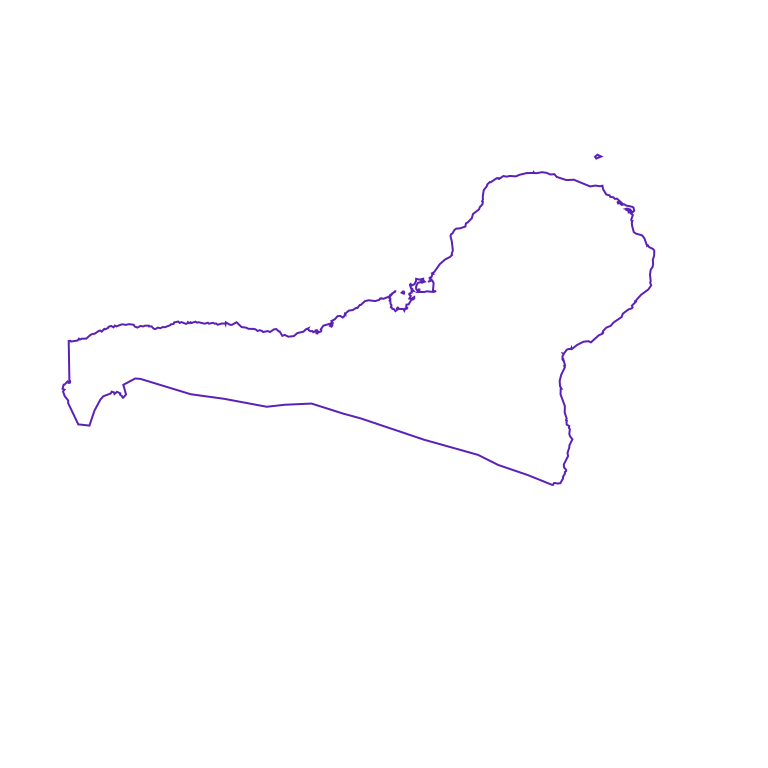 outline of Negros Oriental, Negros Oriental, Philippines, rotated 248°
{"feature_id": "2640588B56610026740587", "entity_name": "Negros Oriental", "entity_type": "district", "adm_level": 2, "iso_a3": "PHL", "parent_name": "Philippines", "parent_adm1": "Negros Oriental", "projection": "albers", "projection_center": [123.112, 9.739], "detail": "fine", "context": "isolated", "style": "outline", "palette": "violet", "viewbox_px": 768, "rotation_deg": 248, "n_neighbors": 0, "source": "geoboundaries", "source_scale": "gbopen_adm2", "svg_char_len": 6152}
<svg xmlns="http://www.w3.org/2000/svg" viewBox="0 0 768 768"><g transform="rotate(248 384 384)"><path d="M226.0,510.3L229.2,514.5L231.1,515.4L233.0,518.1L234.6,518.7L235.2,520.4L236.3,520.7L239.1,519.7L242.0,520.5L248.2,527.7L251.3,528.3L256.1,532.3L257.4,532.7L262.2,538.0L265.7,536.9L268.3,537.1L272.5,539.4L274.2,539.0L275.6,540.0L277.9,538.2L280.5,539.0L282.0,540.3L281.7,539.6L282.4,539.3L283.5,540.4L290.0,540.9L295.7,543.4L308.2,543.8L313.5,546.1L313.2,546.8L316.0,546.4L321.0,548.0L326.1,551.7L331.8,558.0L333.2,557.8L333.4,558.8L339.5,559.5L339.3,558.8L340.0,558.7L342.7,559.8L344.2,561.6L345.1,561.4L344.7,561.9L347.3,566.3L347.3,568.2L346.3,570.6L347.3,571.4L346.1,571.4L347.9,577.9L348.5,584.7L347.1,589.6L345.1,591.4L348.7,601.4L348.8,605.5L349.4,606.3L350.0,605.9L350.6,605.8L350.1,606.1L351.2,607.2L353.0,611.2L353.0,616.0L355.0,619.7L357.1,629.4L359.6,631.6L360.8,635.5L361.6,639.2L361.3,642.1L361.9,643.2L363.8,643.2L365.5,647.4L366.6,647.8L366.1,648.6L367.5,649.7L370.5,656.0L372.6,664.5L375.4,668.7L378.3,668.7L379.4,669.8L385.8,671.6L390.0,674.1L391.9,676.8L394.0,678.3L398.5,679.8L401.9,682.6L406.6,684.6L408.4,684.0L411.6,681.1L414.2,680.4L414.9,680.8L414.0,679.7L421.5,680.0L425.1,679.0L429.2,673.8L431.3,672.5L437.8,673.3L440.7,674.2L442.1,675.4L442.7,674.7L443.8,674.8L447.4,678.0L450.0,676.6L452.0,677.0L452.7,676.5L451.5,675.9L451.5,675.2L453.0,675.6L454.7,673.9L455.3,674.4L455.7,673.9L455.6,675.0L453.7,677.5L452.0,678.2L449.8,678.0L450.8,680.8L454.0,681.4L455.2,680.7L458.6,675.6L460.6,674.0L461.0,671.5L463.6,670.1L463.7,668.7L465.0,668.7L465.2,669.7L464.6,671.1L464.1,671.3L464.0,671.0L463.6,671.2L463.1,672.1L468.5,669.5L469.2,667.4L471.2,666.6L472.7,663.9L474.4,663.8L476.4,661.1L482.3,660.1L486.0,660.8L486.4,658.4L488.8,654.3L490.0,649.1L502.3,636.5L504.7,629.6L511.3,621.7L514.7,620.6L515.9,616.8L519.1,613.5L521.2,609.8L522.3,604.5L523.3,602.3L524.3,602.1L523.7,601.5L526.1,595.4L527.2,588.2L527.1,584.1L529.8,578.5L530.3,575.4L532.1,572.6L531.0,567.5L531.5,567.0L531.9,567.4L532.6,565.8L531.1,558.4L531.6,557.6L530.3,554.5L528.8,553.3L526.4,549.1L521.0,545.9L518.1,544.9L516.6,543.4L515.8,543.9L513.7,542.6L512.1,539.1L510.3,537.5L508.3,530.2L504.9,527.6L502.4,522.1L502.3,520.2L499.5,518.4L499.9,512.6L501.0,509.2L500.3,506.7L498.1,504.1L497.6,502.1L496.1,501.0L490.9,500.3L482.1,497.9L479.1,495.4L478.1,495.4L477.1,492.8L476.5,487.0L474.2,480.6L469.0,472.5L468.7,470.2L467.6,470.8L467.7,469.9L465.5,468.3L465.3,466.0L464.4,465.8L463.2,467.2L462.3,467.2L462.3,463.0L462.2,467.1L461.5,467.6L458.9,467.8L452.5,464.5L451.7,464.7L450.9,466.3L449.9,466.4L451.1,465.7L450.8,464.3L453.9,458.5L454.2,455.9L456.5,450.1L456.9,451.7L458.0,452.1L458.1,451.4L458.6,451.8L458.7,451.6L458.0,449.8L460.6,449.5L462.5,450.4L465.0,453.1L464.9,455.4L464.0,456.8L465.5,457.1L463.7,458.4L463.6,460.1L465.4,459.2L466.9,459.8L467.5,456.0L469.5,453.2L467.7,452.4L465.2,449.8L464.9,446.6L466.7,446.2L466.4,445.3L462.9,444.9L461.6,445.9L460.6,445.6L461.1,443.8L460.5,445.7L459.3,446.2L459.9,445.1L459.3,444.1L458.4,444.0L458.3,441.4L457.5,440.9L455.6,441.9L453.7,439.5L452.7,440.9L453.3,444.6L452.0,444.1L451.5,443.1L451.8,440.8L451.1,440.8L451.6,440.6L448.6,436.6L449.2,434.6L447.1,433.4L445.9,434.1L445.4,433.8L445.4,432.1L444.7,432.1L445.7,431.6L444.4,430.3L446.1,430.2L448.0,426.2L449.7,425.4L449.2,424.3L448.0,424.4L447.3,421.9L449.6,421.3L450.6,419.9L452.1,419.8L452.6,419.1L454.3,420.5L455.8,420.1L458.7,421.0L459.2,420.5L460.4,421.8L461.4,421.2L463.3,423.1L465.1,426.6L465.4,429.0L466.5,429.7L465.7,429.0L464.5,424.2L463.8,423.7L464.0,422.8L463.2,422.4L463.2,415.4L464.5,413.6L464.4,413.3L463.9,413.4L463.5,413.2L464.0,413.2L464.7,412.5L463.8,411.1L464.2,406.9L467.4,401.1L468.0,397.4L466.0,392.1L466.3,391.1L464.4,387.8L465.0,386.8L464.3,382.8L465.2,378.8L463.9,374.9L462.9,374.4L463.7,374.1L461.6,372.4L461.1,370.6L463.4,369.1L464.3,366.3L462.4,362.6L462.1,359.1L461.6,359.4L460.7,358.4L460.5,359.3L459.8,359.4L459.8,357.8L458.0,358.3L456.8,356.8L458.1,355.7L458.8,357.1L460.1,356.6L460.8,349.6L458.4,345.9L457.5,346.2L456.4,345.4L456.4,343.4L457.3,342.7L455.8,341.3L456.3,340.4L459.1,341.7L459.3,340.5L458.5,339.8L458.5,337.8L459.9,337.5L460.5,335.6L461.8,334.5L463.5,334.5L463.6,333.9L464.0,334.5L464.0,332.1L462.7,329.0L463.7,322.8L462.2,318.4L463.7,313.0L466.7,310.4L466.7,307.8L471.9,306.9L472.2,306.1L475.2,304.8L475.9,302.5L474.9,297.7L476.6,296.1L477.5,291.3L479.0,290.7L480.4,288.9L480.5,286.7L482.8,285.3L483.9,283.8L486.0,278.9L487.9,277.3L490.1,273.3L496.5,270.4L495.8,265.0L496.9,263.1L500.4,260.5L498.8,259.5L499.5,259.5L500.8,256.4L501.3,251.9L503.0,251.0L503.3,249.7L504.8,248.3L505.5,244.3L506.8,243.6L507.1,240.3L510.7,235.3L510.9,233.6L512.4,232.6L512.7,228.0L513.7,227.8L513.5,226.0L514.7,225.4L514.0,224.8L513.9,223.0L517.3,219.3L517.2,217.4L519.0,216.6L519.7,212.4L518.6,211.5L519.1,208.9L518.6,207.8L518.7,202.2L519.7,200.1L519.5,197.7L521.0,195.3L520.6,192.4L521.7,191.1L524.5,190.1L525.4,187.7L526.2,187.8L527.6,184.3L527.6,182.3L529.0,180.0L528.8,177.6L529.3,177.5L528.8,177.5L528.7,176.5L530.7,174.4L532.7,174.1L535.0,170.0L535.5,167.0L537.5,163.4L537.7,157.3L539.0,156.3L537.9,154.4L540.1,152.7L540.2,150.0L539.4,149.3L539.1,145.9L539.9,145.3L538.3,141.9L539.8,141.0L540.1,139.9L539.0,134.2L539.6,132.7L539.5,130.3L537.6,124.9L539.2,120.9L539.1,118.7L540.3,118.1L539.1,116.2L540.6,109.8L541.6,109.4L542.0,107.8L505.9,93.9L503.8,94.0L502.8,93.1L503.1,92.3L503.8,93.1L505.0,91.6L503.1,87.6L503.4,86.7L500.0,84.2L498.5,85.6L497.3,83.6L492.5,83.4L486.9,85.0L484.7,84.0L461.1,85.4L455.8,95.3L467.8,105.6L475.8,115.2L477.8,119.3L477.6,126.1L477.7,127.4L478.9,128.6L477.4,130.5L475.7,130.4L476.8,133.5L474.1,136.0L473.0,135.3L470.7,136.6L469.2,136.6L469.0,137.2L471.0,140.9L480.9,142.0L482.3,155.4L479.9,160.2L446.9,201.0L430.3,230.0L406.8,266.8L401.9,284.3L393.0,309.5L371.7,335.2L360.7,349.7L317.3,400.3L283.0,444.7L266.2,459.5L245.8,483.1L227.5,502.1L227.2,503.0L228.4,504.3L228.3,505.2L226.6,507.9L226.0,510.3ZM515.7,664.8L513.5,665.3L513.6,670.6L516.6,667.8L515.7,664.8ZM462.0,434.6L460.3,436.2L461.2,437.0L462.3,437.0L462.7,436.2L462.0,434.6Z" fill="none" stroke="#5b21b6" stroke-width="2"/></g></svg>